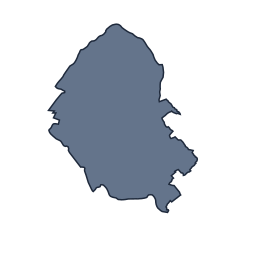 outline of Chbar Mon, Kâmpóng Spœ, Cambodia, rotated 51°
{"feature_id": "14789045B86938515353279", "entity_name": "Chbar Mon", "entity_type": "district", "adm_level": 2, "iso_a3": "KHM", "parent_name": "Cambodia", "parent_adm1": "Kâmpóng Spœ", "projection": "mercator", "projection_center": [104.521, 11.473], "detail": "fine", "context": "isolated", "style": "filled", "palette": "slate", "viewbox_px": 256, "rotation_deg": 51, "n_neighbors": 0, "source": "geoboundaries", "source_scale": "gbopen_adm2", "svg_char_len": 4311}
<svg xmlns="http://www.w3.org/2000/svg" viewBox="0 0 256 256"><g transform="rotate(51 128 128)"><path d="M76.8,61.7L71.9,61.0L68.9,60.8L67.4,61.2L65.3,62.4L63.8,63.7L60.7,64.7L57.6,65.2L55.2,66.6L53.7,67.3L52.0,67.9L49.0,68.8L46.2,69.5L43.9,69.5L42.4,69.9L41.2,70.5L39.9,71.8L39.2,73.0L38.1,75.3L37.7,78.2L37.8,82.4L38.5,84.2L39.3,84.9L39.5,86.1L39.8,87.6L39.7,89.7L38.9,91.5L38.7,92.8L38.7,93.7L39.3,97.1L39.1,99.0L38.4,100.5L37.7,101.3L37.5,103.0L37.6,104.3L38.1,105.6L39.0,108.2L39.0,109.4L38.7,113.5L38.0,114.6L37.6,115.6L38.0,116.8L38.9,118.4L39.8,120.6L41.3,123.0L42.6,125.7L43.6,128.5L43.8,130.5L43.6,131.8L43.3,134.2L45.3,141.2L46.3,144.4L47.2,146.3L47.9,149.7L48.2,151.7L48.6,153.7L48.9,155.0L49.5,156.8L50.0,158.3L51.9,158.2L53.3,157.6L54.1,157.0L55.7,155.6L57.9,154.8L59.5,154.0L60.6,154.9L60.2,155.9L59.4,157.3L59.7,159.4L61.0,166.0L64.3,178.7L68.4,174.6L69.0,177.0L70.9,174.6L73.2,179.5L78.7,176.3L81.2,179.7L78.7,182.0L77.9,183.4L78.0,184.4L78.3,185.3L79.3,187.3L79.6,188.8L79.6,190.2L80.1,191.0L81.8,191.6L83.7,191.8L86.9,191.4L91.2,190.6L95.0,188.8L96.3,188.5L101.1,189.1L102.8,188.3L103.4,187.1L104.9,186.4L106.6,187.0L107.9,188.4L110.2,188.9L128.6,189.4L129.3,188.4L130.9,186.9L132.1,186.8L133.0,187.9L134.0,188.7L135.6,189.3L138.4,190.3L145.3,193.1L153.1,195.0L154.7,195.2L155.5,195.0L155.2,192.1L154.6,190.5L154.7,189.4L155.6,187.8L156.0,186.6L155.0,185.0L155.7,183.9L157.0,183.0L157.9,182.9L159.6,182.7L161.5,182.7L162.6,182.9L164.7,183.4L168.1,184.6L169.9,184.6L171.0,184.1L172.5,183.2L174.8,181.3L177.4,180.6L178.6,179.3L179.6,178.3L180.4,177.3L181.8,175.2L183.3,172.5L184.3,171.2L185.8,169.3L186.6,168.3L187.7,166.8L189.4,164.8L190.0,163.8L191.5,161.7L192.8,159.4L193.6,157.6L193.7,156.7L193.1,155.2L193.0,154.1L194.2,152.2L195.4,151.2L197.6,151.0L200.2,151.4L201.6,152.0L203.3,153.2L205.1,154.2L207.1,154.9L208.9,155.2L211.5,154.8L213.3,154.4L214.4,154.0L218.5,150.4L218.1,149.5L217.8,148.5L216.9,148.2L216.3,148.7L215.8,149.4L215.1,148.7L214.3,148.2L213.5,148.2L212.9,147.7L212.8,146.8L212.3,146.1L211.8,145.1L211.8,144.2L211.6,143.3L211.3,141.8L211.0,140.9L212.9,140.6L213.0,136.9L213.0,135.1L213.1,133.8L213.1,131.3L213.1,130.0L213.2,129.2L211.4,128.9L210.4,128.4L209.6,128.4L201.7,128.4L200.9,129.3L200.1,129.9L197.5,131.6L197.1,130.8L196.8,129.8L196.8,128.8L197.0,128.0L196.4,127.4L196.2,126.6L195.5,126.1L195.6,125.3L195.6,124.2L192.4,124.4L192.3,122.5L192.3,121.0L192.2,119.8L192.2,118.7L191.1,118.9L191.2,118.0L191.4,117.0L191.6,116.1L191.9,115.1L193.1,115.0L193.9,115.0L194.9,114.9L196.4,114.9L197.0,114.1L197.9,113.8L199.0,114.3L199.7,114.8L200.1,114.0L200.3,113.1L200.1,111.4L200.0,109.9L200.2,108.9L200.7,108.1L200.8,106.2L199.4,106.3L199.1,105.3L199.0,104.4L198.8,103.5L198.5,102.6L198.6,101.5L198.7,100.4L198.6,99.5L198.2,98.7L198.2,97.6L197.4,97.6L197.1,96.3L197.1,95.5L196.5,94.5L195.9,93.8L195.0,93.3L193.7,93.3L193.0,93.9L192.2,93.6L191.3,93.8L190.4,93.9L189.6,93.6L188.6,93.7L187.5,93.6L186.5,91.5L184.1,93.4L182.7,94.6L181.9,94.3L181.0,94.3L180.2,94.4L179.3,94.7L178.5,95.0L177.8,94.6L176.8,94.5L175.9,94.5L175.0,94.3L173.9,94.3L173.0,94.2L171.9,94.4L170.9,94.4L170.1,94.9L169.2,96.3L168.1,96.7L167.3,96.7L166.2,96.8L165.3,96.9L164.5,97.0L164.2,98.7L163.8,99.5L163.6,100.4L163.1,101.3L162.2,101.3L160.9,100.9L160.1,100.6L159.6,99.9L159.4,98.9L159.2,97.6L159.0,96.4L158.8,95.1L157.6,95.3L156.5,95.8L155.1,96.0L154.3,95.8L153.4,95.8L152.3,96.0L152.1,97.0L151.4,97.4L150.5,97.6L149.7,97.4L148.7,97.3L147.9,97.2L147.0,96.6L146.1,96.2L145.2,96.2L144.3,96.1L143.2,95.9L142.4,95.7L141.6,95.3L141.6,94.5L141.6,93.5L141.6,92.6L141.7,91.7L141.6,90.3L141.5,89.0L141.4,88.2L141.6,87.1L141.7,86.1L142.0,85.1L142.4,84.4L142.3,83.5L143.4,83.2L144.3,83.1L145.3,82.5L146.6,81.8L147.4,81.3L147.7,80.4L148.5,79.8L150.2,78.8L149.3,78.4L148.4,78.5L147.4,78.4L146.6,78.9L145.4,79.3L144.8,78.7L143.5,79.0L142.7,79.5L141.4,79.2L140.7,79.7L139.8,80.0L138.9,79.9L138.1,79.6L137.2,79.6L136.2,79.4L135.2,79.7L134.2,79.9L133.1,80.1L131.9,79.8L131.1,80.1L129.6,80.2L127.3,87.1L125.6,86.2L123.1,82.6L120.5,81.1L119.6,80.4L118.6,79.1L117.8,78.2L116.7,77.5L115.6,76.6L114.4,75.6L112.8,74.0L111.6,71.3L110.6,68.8L107.2,65.4L102.8,62.6L100.3,61.5L98.3,64.1L96.1,64.4L92.3,64.2L89.1,63.3L86.7,62.3L83.3,61.8L81.0,61.6L79.4,61.7L76.8,61.7Z" fill="#64748b" stroke="#1e293b" stroke-width="1.5"/></g></svg>